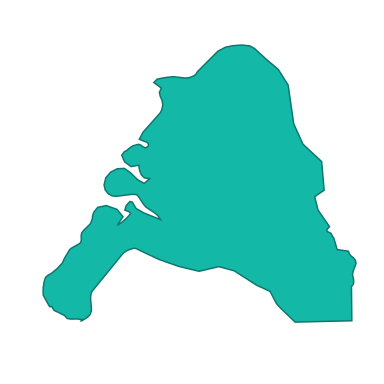 the Prefecture of Boffa, rotated 85°
{"feature_id": "GIN-5628", "entity_name": "Boffa", "entity_type": "Prefecture", "adm_level": 1, "iso_a3": "GIN", "parent_name": "Guinea", "parent_adm1": "", "projection": "natural_earth1", "projection_center": [-14.034, 10.295], "detail": "fine", "context": "isolated", "style": "filled", "palette": "teal", "viewbox_px": 384, "rotation_deg": 85, "n_neighbors": 0, "source": "natural_earth", "source_scale": "10m", "svg_char_len": 2147}
<svg xmlns="http://www.w3.org/2000/svg" viewBox="0 0 384 384"><g transform="rotate(85 192 192)"><path d="M310.7,313.6L309.6,312.6L308.5,317.3L308.0,324.0L307.1,327.4L303.9,329.7L297.9,339.7L293.6,341.9L294.0,343.4L292.7,344.4L282.1,349.1L280.8,349.2L274.5,348.6L269.0,347.3L264.4,345.4L262.5,343.0L260.7,339.0L256.5,332.9L251.3,327.2L246.9,324.8L238.7,318.9L237.0,316.2L233.3,307.9L230.6,306.5L225.5,306.2L223.0,305.3L220.7,303.2L214.7,295.9L210.2,293.7L207.0,293.1L203.7,291.7L199.1,287.3L198.0,278.6L202.8,268.2L210.6,262.9L218.7,269.4L216.4,265.1L212.3,259.3L208.2,255.1L206.4,256.0L204.2,260.5L199.6,258.6L196.0,254.6L196.9,252.3L203.5,249.2L208.6,241.9L216.8,225.8L212.4,228.2L209.2,231.4L203.2,239.0L199.9,241.4L191.7,245.8L189.7,247.5L189.1,251.8L189.7,268.1L188.8,272.1L186.3,275.7L182.4,278.3L177.3,279.0L170.3,276.6L165.1,271.3L162.3,264.4L162.6,257.3L167.4,251.6L174.9,245.3L179.3,238.9L175.0,233.0L173.8,238.2L170.3,241.1L165.7,242.4L160.7,242.7L161.4,250.5L156.1,256.5L149.3,258.8L146.0,256.0L145.1,253.6L142.9,250.6L140.8,246.7L139.8,241.4L140.8,238.9L142.8,236.7L144.0,234.5L142.8,231.9L141.2,231.2L139.5,231.7L138.3,232.9L137.8,234.2L134.9,239.9L128.2,235.6L110.0,216.4L106.8,214.7L102.6,213.5L98.0,213.9L93.9,215.3L89.9,215.8L85.8,213.5L79.6,220.5L76.5,216.8L75.6,208.2L75.5,200.3L77.9,188.9L77.8,184.4L76.4,179.8L74.7,177.6L72.7,176.2L53.9,153.8L50.7,146.1L49.8,138.7L49.9,129.7L51.5,121.6L54.5,117.2L65.7,107.0L77.5,95.3L93.9,86.9L133.0,84.7L154.0,77.3L173.0,60.2L201.7,60.2L207.4,70.2L220.9,68.0L238.6,58.0L240.8,60.5L242.3,61.1L243.4,60.4L244.2,58.7L245.3,57.2L249.2,55.5L250.6,54.7L262.0,52.4L264.6,41.4L267.4,40.6L269.7,39.0L271.8,36.7L274.3,35.2L277.4,34.8L285.3,38.5L288.3,39.3L293.9,38.6L297.3,39.0L300.3,41.4L334.2,44.0L330.6,100.6L316.0,113.4L310.6,117.6L297.8,122.9L290.6,135.6L274.2,156.8L268.7,171.7L271.6,191.8L264.9,211.9L256.3,230.8L244.7,250.7L243.4,252.5L243.0,255.0L243.9,259.5L244.8,261.9L246.0,264.3L247.4,266.3L281.9,299.9L283.4,300.9L284.9,301.5L288.5,302.3L300.4,302.4L302.2,302.8L305.3,304.3L307.8,307.2L310.7,313.0L310.7,313.6L310.7,313.6Z" fill="#14b8a6" stroke="#0f766e" stroke-width="1.5"/></g></svg>